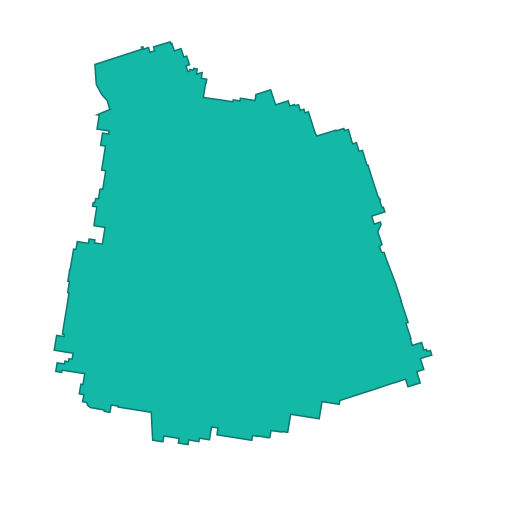 Cunderdin, Western Australia, Australia (Albers equal-area conic projection), rotated 189°
{"feature_id": "25037944B27165515239628", "entity_name": "Cunderdin", "entity_type": "district", "adm_level": 2, "iso_a3": "AUS", "parent_name": "Australia", "parent_adm1": "Western Australia", "projection": "albers", "projection_center": [117.202, -31.613], "detail": "fine", "context": "isolated", "style": "filled", "palette": "teal", "viewbox_px": 512, "rotation_deg": 189, "n_neighbors": 0, "source": "geoboundaries", "source_scale": "gbopen_adm2", "svg_char_len": 5411}
<svg xmlns="http://www.w3.org/2000/svg" viewBox="0 0 512 512"><g transform="rotate(189 256 256)"><path d="M361.8,85.2L356.9,85.2L354.4,85.2L352.9,85.2L350.2,85.2L347.7,85.2L345.7,85.2L343.5,85.2L341.0,85.2L339.9,85.2L337.9,85.2L337.0,85.2L336.7,85.2L335.3,85.3L335.3,85.2L335.2,85.1L335.1,84.9L335.0,84.6L334.9,84.3L334.8,84.0L334.7,83.6L334.6,83.2L334.4,82.3L334.1,80.7L333.8,79.4L333.5,78.0L333.1,76.3L332.5,73.1L331.7,69.2L331.2,67.1L330.9,65.5L330.3,62.8L329.7,60.0L329.2,58.0L329.2,57.9L326.8,57.9L324.7,57.9L318.9,57.9L318.9,58.1L318.9,63.8L315.9,63.8L315.7,63.8L313.5,63.8L313.1,63.8L308.0,63.8L303.4,63.8L303.4,59.1L293.6,59.1L293.7,63.8L283.4,63.7L283.4,67.2L273.2,67.2L273.2,80.2L266.6,80.2L266.6,73.3L231.3,73.3L231.3,78.2L226.4,78.1L226.4,78.4L226.4,78.5L221.3,78.5L217.5,78.5L217.3,78.4L214.9,78.5L214.6,78.5L214.4,78.6L214.2,78.7L214.1,78.8L214.0,79.0L213.9,79.1L213.9,79.3L213.9,79.5L213.9,80.8L213.9,82.5L213.9,85.0L213.9,86.0L211.9,85.9L209.2,86.1L207.0,86.1L203.2,86.1L202.9,86.2L202.4,86.5L202.0,86.6L201.9,86.7L201.7,86.7L201.6,86.8L201.5,86.7L201.0,86.8L198.6,86.7L197.1,86.8L197.0,105.1L194.8,105.1L179.6,105.1L179.0,105.1L168.1,105.1L168.0,122.5L150.6,122.5L150.6,126.4L140.8,131.4L140.7,131.4L135.0,134.3L131.6,136.0L125.0,139.4L121.1,141.3L99.3,152.7L99.2,152.5L89.5,157.6L89.2,157.7L89.0,157.4L88.9,157.4L85.4,150.6L73.9,156.3L79.1,166.9L72.5,170.2L77.6,180.4L66.9,185.7L69.0,190.0L72.0,188.5L73.0,190.4L75.4,189.2L78.9,196.5L86.4,192.8L87.7,192.2L90.6,198.0L89.9,198.4L97.5,213.1L95.6,214.2L95.4,214.2L105.7,234.2L105.4,234.3L114.1,251.3L117.3,256.7L119.4,260.4L127.0,273.6L129.9,279.4L131.1,279.4L132.6,279.3L132.9,279.6L135.4,284.5L135.4,284.8L135.5,284.8L135.3,285.0L134.6,285.8L134.4,286.0L133.3,287.1L136.3,292.9L139.5,298.9L137.4,306.8L138.5,309.0L144.3,306.0L147.9,313.4L146.9,314.0L140.4,317.3L135.6,319.7L137.8,324.1L139.1,323.4L142.2,329.7L141.9,330.9L144.9,334.0L146.6,337.5L149.1,342.3L149.1,342.2L151.8,347.5L152.3,348.4L157.2,358.4L159.2,362.5L159.6,363.3L160.5,362.9L162.5,366.9L165.4,372.9L165.4,373.0L167.4,377.0L170.6,375.5L174.5,383.6L178.1,381.9L180.2,385.8L180.1,386.3L182.0,389.6L181.9,390.0L182.4,390.9L183.3,392.8L184.1,394.6L184.3,394.9L184.6,395.4L188.2,393.7L189.2,395.7L196.5,392.1L196.8,392.8L205.5,388.5L214.6,384.1L216.7,386.5L222.1,397.2L226.8,406.6L230.0,405.1L231.7,408.5L235.0,406.8L237.6,412.0L238.1,411.9L240.9,410.7L241.2,410.6L241.3,410.7L241.8,411.6L246.1,409.4L248.5,414.3L260.3,408.4L264.3,416.2L265.2,417.9L267.5,422.5L267.7,422.4L281.3,415.5L281.4,415.4L281.4,415.2L281.3,411.5L281.3,409.4L296.1,409.4L296.1,406.7L302.9,406.7L302.9,404.7L318.0,404.6L332.8,404.4L332.8,418.7L332.3,418.7L332.3,422.9L337.8,422.9L337.8,428.8L338.2,428.7L343.1,426.5L343.3,426.4L343.3,431.5L346.9,431.5L346.9,429.9L350.5,429.9L350.6,428.4L352.1,427.6L354.9,432.8L351.6,434.5L352.5,436.4L353.8,438.8L353.9,439.0L355.8,442.6L358.4,441.2L362.5,449.1L368.7,445.8L372.5,452.9L373.4,452.4L374.3,454.1L380.2,451.2L384.2,449.3L387.1,447.9L389.9,446.5L389.9,446.4L388.2,442.8L392.8,440.6L393.1,441.3L394.3,444.1L394.8,445.1L399.4,442.8L400.1,444.2L400.4,444.9L401.5,444.4L401.8,444.3L401.5,444.0L401.4,443.8L401.2,443.6L401.1,443.3L401.0,442.9L400.9,442.5L445.0,420.0L445.1,419.9L444.9,419.2L444.7,418.4L444.4,416.9L444.0,415.3L443.4,412.7L443.1,411.2L442.2,407.5L441.7,405.3L441.3,403.6L440.8,401.4L440.6,400.5L440.5,400.4L440.2,399.9L439.0,398.4L437.7,396.7L436.2,394.7L435.4,393.6L434.3,392.3L433.6,391.4L433.4,391.2L433.2,391.0L432.0,390.0L430.2,388.6L428.5,387.2L427.5,386.5L427.4,386.4L427.2,386.2L427.0,385.9L426.9,385.7L426.7,385.3L426.3,384.2L424.1,379.4L423.5,377.8L423.4,377.8L424.9,376.9L426.1,376.2L427.9,375.0L429.9,373.8L431.9,372.5L433.2,371.7L434.9,370.6L432.9,370.6L432.9,356.5L420.6,356.5L420.6,353.4L426.8,353.4L426.8,341.0L421.9,341.0L421.9,316.7L417.8,316.7L417.8,309.9L417.8,304.6L417.8,298.5L417.8,298.2L417.8,297.9L418.3,297.9L419.9,297.9L420.1,297.8L420.4,297.6L420.5,297.5L420.5,297.3L420.6,297.2L420.5,288.5L420.6,288.4L420.6,288.2L420.8,288.0L421.0,287.9L422.9,287.8L423.0,287.8L423.1,287.7L423.3,287.5L423.4,287.4L423.4,287.2L423.4,284.2L423.4,283.7L423.5,283.6L423.8,283.3L425.2,283.3L425.2,280.2L425.2,279.9L425.2,279.5L420.9,279.7L420.9,267.5L420.9,263.8L420.9,263.7L420.8,261.9L420.8,261.4L420.8,260.6L409.6,260.6L409.6,243.7L416.3,243.7L417.6,243.7L417.6,243.8L417.6,246.7L423.5,246.7L423.5,242.4L424.0,242.3L434.8,242.3L434.8,234.3L437.3,234.3L437.3,227.2L437.5,213.3L437.9,213.3L437.9,201.6L436.3,201.6L436.3,190.3L434.9,190.3L434.9,182.0L434.9,179.0L435.0,178.6L434.9,177.9L434.9,177.6L434.9,177.1L434.9,176.7L434.9,176.4L434.9,171.2L435.0,165.9L435.0,163.7L435.0,162.9L435.0,160.5L435.0,158.5L435.0,156.4L435.0,154.1L435.0,151.1L435.0,148.8L435.0,148.7L434.9,148.5L434.7,148.5L433.1,148.5L433.1,146.4L440.5,146.4L440.6,131.5L440.6,131.4L421.4,131.3L421.5,125.3L424.6,125.3L424.6,122.3L428.3,122.3L428.3,119.4L435.7,119.4L435.7,110.7L429.7,110.6L429.7,112.9L406.8,113.0L406.8,102.0L408.9,102.0L409.0,92.2L404.4,92.2L404.5,84.9L400.4,84.9L400.0,84.3L399.7,83.5L399.3,82.8L399.2,82.7L398.8,82.3L398.7,82.0L398.5,81.9L398.3,81.7L398.2,81.7L397.2,81.1L396.5,80.8L396.0,80.5L395.9,80.5L395.6,80.4L395.4,80.3L395.1,80.3L394.7,80.3L389.1,80.4L389.1,80.2L381.7,80.2L381.7,78.8L375.8,78.7L375.7,86.2L368.7,86.2L368.7,85.6L368.6,85.2L367.7,85.2L366.2,85.3L364.0,85.2L361.8,85.2Z" fill="#14b8a6" stroke="#0f766e" stroke-width="1.5"/></g></svg>